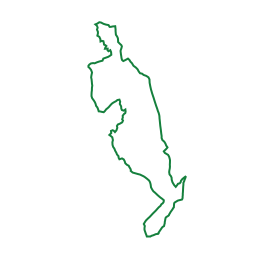 Suna East, Nyanza, Kenya (Mercator projection), rotated 48°
{"feature_id": "3690345B51291176928549", "entity_name": "Suna East", "entity_type": "district", "adm_level": 2, "iso_a3": "KEN", "parent_name": "Kenya", "parent_adm1": "Nyanza", "projection": "mercator", "projection_center": [34.508, -1.066], "detail": "fine", "context": "isolated", "style": "outline", "palette": "green", "viewbox_px": 256, "rotation_deg": 48, "n_neighbors": 0, "source": "geoboundaries", "source_scale": "gbopen_adm2", "svg_char_len": 4412}
<svg xmlns="http://www.w3.org/2000/svg" viewBox="0 0 256 256"><g transform="rotate(48 128 128)"><path d="M202.6,117.1L202.4,119.5L202.3,121.8L202.7,124.0L203.5,125.2L203.7,126.6L202.9,128.2L203.3,129.6L203.7,131.9L201.4,131.9L198.2,131.3L195.8,130.2L194.0,128.8L192.4,128.3L190.3,128.2L188.3,126.9L187.1,125.5L186.0,124.0L184.7,122.6L183.3,121.5L181.7,119.9L180.0,118.3L178.4,117.4L176.7,116.6L174.8,116.2L172.8,116.8L171.2,117.3L169.3,117.0L169.3,116.5L169.2,115.6L169.2,114.2L168.9,111.7L168.3,111.5L166.7,111.4L164.6,110.6L162.4,110.2L160.0,110.5L157.9,109.7L156.5,108.4L154.5,107.1L151.3,104.8L147.9,102.5L143.3,99.1L141.9,98.1L140.7,97.1L139.4,96.2L137.5,95.2L135.1,94.3L133.2,93.4L130.5,92.3L126.0,90.3L122.8,88.8L120.7,87.9L118.2,86.8L116.6,86.0L114.7,85.1L111.7,83.4L108.9,81.7L106.2,79.5L104.0,78.9L101.4,79.6L99.0,80.9L97.0,81.2L95.4,82.4L93.1,82.2L90.8,81.6L88.3,81.7L85.4,82.3L82.5,81.7L80.3,81.8L78.4,81.4L76.4,81.6L76.2,82.5L76.0,83.4L75.6,85.0L75.1,86.7L73.5,86.9L72.2,86.3L71.5,85.9L70.8,85.4L69.4,84.5L68.6,84.0L67.9,83.5L66.3,82.4L65.6,81.8L65.1,81.0L64.3,79.5L63.2,77.9L61.9,77.5L60.1,77.7L57.5,77.8L55.8,76.4L54.6,75.5L52.8,74.9L50.6,74.6L47.8,72.5L46.1,71.0L45.6,70.7L44.4,69.8L43.8,69.4L42.3,71.4L41.4,73.0L40.5,74.0L38.5,73.6L36.4,75.2L34.2,76.5L31.5,77.5L30.2,78.6L29.9,80.8L29.2,82.9L30.9,82.7L31.7,82.8L33.2,83.5L34.1,85.2L36.4,86.0L37.7,87.2L38.9,89.0L41.0,88.3L43.3,89.0L45.3,90.5L45.7,89.2L47.0,88.2L48.5,89.0L50.0,90.0L51.3,89.4L52.6,89.2L53.0,90.9L53.7,92.1L54.5,91.1L55.4,90.0L56.6,91.2L57.9,91.1L58.3,89.1L60.3,89.8L62.4,91.4L62.2,93.3L61.9,95.0L60.8,97.7L59.9,99.9L60.9,101.9L59.4,104.8L58.4,107.1L57.6,109.5L56.4,110.5L55.2,112.4L55.0,114.4L55.3,115.8L56.2,116.6L58.0,116.4L60.2,116.6L62.7,117.6L64.3,119.8L65.7,121.5L67.6,122.6L69.5,124.0L71.2,125.3L72.5,126.1L74.1,128.0L75.8,129.6L77.0,131.0L78.4,132.4L79.9,133.8L81.9,134.7L84.8,135.0L86.9,135.4L88.5,136.0L90.2,136.9L92.2,137.0L94.1,137.7L96.0,138.6L96.4,138.2L97.8,137.1L98.3,136.8L100.0,135.5L99.9,133.5L99.5,131.8L99.6,130.1L99.6,128.2L99.3,126.1L99.1,123.8L99.3,122.0L99.7,120.3L100.1,118.7L100.1,117.2L101.2,115.4L103.2,116.2L104.6,118.0L107.3,118.6L109.1,120.0L110.6,120.5L112.2,119.6L112.5,117.6L114.2,118.8L115.1,120.1L114.9,121.4L115.3,123.7L116.8,124.9L117.6,126.5L119.1,126.7L119.9,128.5L119.4,131.0L118.6,133.2L119.1,134.9L120.7,135.8L122.0,138.2L122.3,140.4L120.6,140.4L119.4,140.9L118.8,142.6L120.6,143.9L120.7,146.5L122.7,146.1L124.4,145.9L126.9,147.3L128.1,149.1L130.2,150.8L132.2,151.7L134.1,151.9L136.5,152.8L138.5,153.2L140.3,153.9L142.5,153.9L143.9,154.9L145.5,155.3L146.6,152.8L148.5,152.2L150.5,152.7L152.4,153.6L154.7,153.4L156.5,152.7L158.1,153.2L159.4,153.4L160.0,153.5L161.3,154.1L161.7,154.7L164.3,154.3L166.2,153.1L168.1,151.9L168.6,151.6L170.7,150.2L172.2,149.6L174.4,148.7L175.9,148.3L178.6,147.8L181.2,147.5L183.0,147.9L185.0,148.9L187.5,150.6L189.9,151.2L192.0,151.5L194.0,151.2L195.5,151.1L196.1,151.0L196.9,151.0L198.7,150.8L201.1,150.5L203.4,150.0L205.6,149.7L206.3,150.4L206.8,151.0L207.2,152.6L207.0,154.2L207.6,156.1L207.5,158.1L207.7,160.1L208.0,162.6L208.2,167.0L208.4,169.1L208.6,171.4L208.6,173.2L208.6,173.9L208.7,175.4L208.7,176.2L209.1,178.0L209.9,180.5L211.1,180.8L212.1,181.1L212.7,181.9L213.5,182.8L214.5,183.7L215.4,184.2L216.4,184.6L218.0,185.3L219.3,185.8L219.9,186.0L220.4,186.2L221.2,186.6L222.2,185.6L222.5,185.1L223.0,184.6L223.5,184.2L223.7,183.4L223.9,182.5L224.4,181.5L224.7,180.8L225.0,179.9L225.2,179.2L225.6,178.2L226.0,177.6L226.4,177.0L226.8,176.6L226.8,175.8L226.2,175.3L226.0,174.3L225.7,173.2L225.3,171.5L225.1,170.7L224.9,170.0L224.8,169.4L224.7,168.8L224.7,168.2L224.9,167.5L225.0,166.9L224.7,166.4L224.3,165.9L223.9,165.3L223.5,164.6L222.8,163.9L222.3,163.4L221.8,162.6L220.8,161.4L220.4,160.8L220.0,160.3L219.8,159.5L219.9,158.5L220.1,157.5L220.2,156.6L220.2,156.0L219.8,155.3L219.6,154.7L219.5,154.2L219.2,153.4L218.9,152.5L218.6,151.1L218.4,150.2L218.2,149.2L217.8,148.4L217.7,147.1L215.2,144.5L214.8,144.0L214.6,143.2L214.9,141.6L215.2,140.0L215.3,139.5L215.7,138.7L216.9,136.5L217.3,135.7L217.0,135.0L216.5,134.2L215.9,133.7L215.4,133.2L214.9,132.6L214.2,131.9L213.2,131.0L212.5,130.2L212.1,129.8L211.7,129.4L211.1,128.8L209.7,127.4L208.2,125.9L207.7,125.3L207.1,124.7L206.5,124.1L205.9,123.6L205.5,122.8L205.1,121.8L204.6,121.1L204.3,120.4L203.8,119.5L203.4,118.6L202.8,117.7L202.6,117.1Z" fill="none" stroke="#15803d" stroke-width="2"/></g></svg>